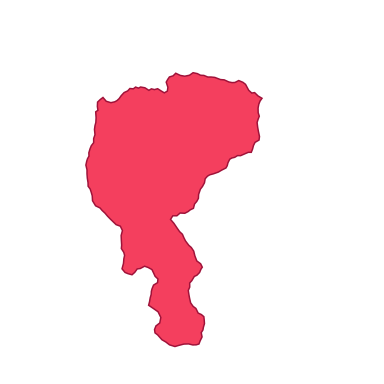 outline of Quintana, São Paulo, Brazil, rotated 145°
{"feature_id": "56859067B922680571426", "entity_name": "Quintana", "entity_type": "district", "adm_level": 2, "iso_a3": "BRA", "parent_name": "Brazil", "parent_adm1": "São Paulo", "projection": "equal_earth", "projection_center": [-50.363, -22.077], "detail": "fine", "context": "isolated", "style": "filled", "palette": "rose", "viewbox_px": 384, "rotation_deg": 145, "n_neighbors": 0, "source": "geoboundaries", "source_scale": "gbopen_adm2", "svg_char_len": 2768}
<svg xmlns="http://www.w3.org/2000/svg" viewBox="0 0 384 384"><g transform="rotate(145 192 192)"><path d="M137.2,298.6L140.9,298.0L144.5,299.2L147.2,298.2L150.1,296.8L151.7,291.6L154.3,288.8L157.8,289.1L159.2,292.2L160.9,296.3L164.0,297.4L166.1,299.8L169.0,300.0L170.8,304.4L173.9,307.5L176.3,307.8L178.0,310.3L180.9,310.2L183.5,312.4L186.7,311.7L190.6,312.4L194.8,311.5L198.1,310.3L201.0,309.9L203.6,310.2L207.2,311.7L210.2,315.5L210.7,320.5L214.0,320.4L217.8,319.8L220.5,316.3L222.2,312.9L224.9,312.9L228.0,307.8L230.9,304.1L233.4,302.0L236.0,299.2L238.6,294.6L241.9,292.2L244.3,288.8L247.9,287.7L250.7,285.9L254.0,283.3L255.8,280.5L258.5,279.2L260.6,277.6L263.5,274.9L265.3,270.4L267.6,267.1L269.8,263.4L271.8,259.3L273.8,256.3L273.7,252.9L274.6,249.9L275.9,246.1L278.5,241.9L278.9,236.0L276.5,231.7L276.2,228.4L275.4,224.6L275.0,220.3L274.3,216.1L272.9,208.8L270.3,205.1L271.1,200.3L275.0,197.0L277.6,192.9L280.1,188.8L282.3,186.2L282.5,181.7L283.6,178.7L286.2,176.3L289.1,172.8L293.4,169.2L293.0,164.5L291.2,161.7L288.6,158.6L285.0,159.0L281.0,160.4L278.3,159.0L273.4,158.4L271.2,155.3L269.3,151.4L269.9,147.8L270.6,144.1L269.8,140.3L272.2,137.5L276.9,137.8L280.3,135.6L282.3,133.9L284.1,131.6L286.9,129.3L289.8,126.4L292.5,124.1L290.4,118.6L288.5,113.3L289.5,107.1L293.5,103.2L298.3,103.0L301.6,100.8L303.1,97.8L302.1,94.7L301.4,88.3L299.5,84.2L298.1,79.7L294.6,75.2L291.0,74.0L285.9,72.1L281.9,69.5L279.1,66.3L276.2,64.4L273.5,63.5L270.7,65.4L266.9,67.5L265.1,71.5L262.2,72.7L260.2,74.7L257.3,77.0L255.6,79.8L253.8,83.1L254.6,86.2L256.4,89.3L255.6,94.4L256.7,97.7L256.7,102.0L254.9,106.4L253.4,109.7L251.5,113.5L248.4,115.4L246.1,118.8L243.0,119.5L240.8,120.5L238.5,121.5L235.7,121.0L232.0,121.7L229.0,123.6L226.7,124.5L226.1,128.2L227.6,132.8L226.3,138.0L224.5,142.6L224.4,146.9L225.2,150.2L225.4,155.6L224.9,159.1L224.1,162.9L224.9,166.7L224.9,170.8L224.8,176.6L225.3,181.9L221.4,183.5L218.0,181.2L213.8,181.6L210.1,178.7L206.4,178.2L203.7,178.4L200.2,177.8L196.8,180.7L193.4,181.6L190.4,183.1L188.0,186.2L183.5,189.5L180.3,190.5L176.5,192.4L173.6,195.3L170.3,196.1L167.6,195.9L164.0,194.6L159.0,193.2L155.2,192.9L150.4,192.2L148.1,193.3L145.8,195.3L142.3,197.2L139.9,197.0L137.1,195.9L133.8,195.7L131.4,193.9L126.4,192.9L123.1,192.2L120.7,190.5L117.8,192.4L115.0,194.8L111.9,196.5L107.3,196.1L104.9,198.7L103.0,203.2L101.1,207.3L98.8,211.6L96.2,213.6L93.4,215.5L92.3,219.0L89.7,222.9L86.8,225.7L84.0,227.5L80.9,228.6L82.8,232.8L83.7,237.5L86.3,238.8L87.2,242.8L86.8,246.3L86.4,249.5L87.4,252.7L89.8,256.5L94.0,257.1L96.4,258.6L98.7,261.0L101.3,265.4L104.2,267.8L107.6,272.8L110.5,275.3L113.1,277.1L115.4,280.7L118.0,282.7L119.7,285.9L122.7,289.1L127.1,289.1L131.5,291.0L134.7,294.2L137.2,298.6Z" fill="#f43f5e" stroke="#9f1239" stroke-width="1.5"/></g></svg>